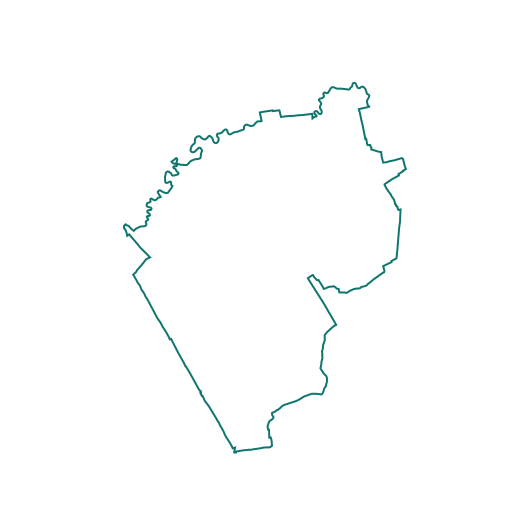 outline of Raducaneni, Iasi, Romania, rotated 287°
{"feature_id": "2599482B23312224684372", "entity_name": "Raducaneni", "entity_type": "district", "adm_level": 2, "iso_a3": "ROU", "parent_name": "Romania", "parent_adm1": "Iasi", "projection": "orthographic", "projection_center": [27.975, 46.968], "detail": "fine", "context": "isolated", "style": "outline", "palette": "teal", "viewbox_px": 512, "rotation_deg": 287, "n_neighbors": 0, "source": "geoboundaries", "source_scale": "gbopen_adm2", "svg_char_len": 6118}
<svg xmlns="http://www.w3.org/2000/svg" viewBox="0 0 512 512"><g transform="rotate(287 256 256)"><path d="M350.1,371.6L353.2,367.7L353.7,367.5L354.9,366.0L357.1,362.9L357.5,362.8L358.7,361.1L361.7,358.1L362.2,358.0L368.6,363.1L374.8,369.1L375.9,368.3L380.4,372.1L380.7,371.8L383.0,373.9L385.5,372.0L391.9,368.1L392.2,367.3L392.2,366.8L387.9,360.2L385.7,356.1L383.8,353.3L382.5,350.3L387.8,347.1L392.0,345.3L391.6,343.1L391.6,335.1L393.1,334.8L394.1,333.6L395.4,333.0L395.5,332.4L394.9,331.0L394.8,330.2L395.7,329.4L399.5,327.6L400.5,326.7L400.0,326.3L414.6,318.4L416.4,317.2L424.5,312.8L425.3,311.9L426.5,311.4L431.6,320.4L432.0,320.5L432.0,320.0L433.1,318.6L436.1,316.9L437.4,316.8L440.7,317.5L442.6,317.4L443.2,316.6L443.4,315.0L443.6,314.7L447.6,311.9L448.9,309.8L449.2,309.2L448.9,307.9L448.6,307.3L447.2,306.4L446.5,305.5L446.5,305.0L446.5,304.4L447.5,303.1L450.0,300.9L450.3,300.4L450.3,299.2L450.0,298.6L449.1,298.1L446.3,298.3L444.2,297.0L442.7,296.7L442.4,296.4L440.7,287.3L440.1,286.3L440.0,285.6L439.7,283.8L440.1,281.0L439.7,279.5L438.5,278.6L433.0,277.1L432.4,276.0L432.5,274.0L431.9,273.1L430.6,273.0L428.8,274.2L427.4,274.1L426.2,273.0L425.2,271.2L424.4,270.6L423.8,270.5L423.1,270.9L422.2,272.5L420.8,273.9L420.1,273.9L417.7,273.4L416.8,273.7L415.6,274.5L414.0,276.4L412.1,276.9L410.9,276.6L410.5,276.0L410.4,275.3L410.7,274.3L412.3,271.9L412.2,271.1L411.7,270.3L410.9,269.8L409.6,270.1L409.0,270.7L408.3,272.5L407.5,273.0L406.9,272.7L406.1,271.1L404.1,269.8L408.4,268.2L404.2,258.9L403.5,256.6L401.2,251.4L400.2,248.8L400.2,248.4L398.0,242.9L396.4,239.6L396.3,239.2L402.0,235.9L402.1,235.6L399.5,229.8L400.1,229.3L399.9,228.9L395.6,219.9L394.4,217.7L386.7,221.9L386.3,221.3L385.2,218.3L384.6,217.6L382.4,216.4L380.9,215.9L380.1,215.4L379.1,213.9L378.7,211.4L379.0,209.7L378.9,208.7L378.3,207.6L377.6,207.1L376.1,206.7L374.4,207.3L373.8,207.3L373.1,206.8L369.7,202.3L367.6,198.5L365.4,196.6L364.8,195.8L364.6,194.9L364.7,194.3L365.8,192.9L367.7,191.7L368.2,190.9L368.2,190.1L367.7,189.3L366.8,188.6L364.0,187.2L363.2,186.4L361.5,183.3L359.7,183.4L359.0,183.9L357.8,185.6L356.9,186.2L354.2,186.3L352.7,185.4L352.2,184.6L352.1,183.8L352.4,182.7L352.9,182.0L355.6,180.0L356.5,178.9L357.2,177.1L357.3,176.3L356.3,175.4L354.7,174.9L352.8,173.5L352.4,172.8L352.5,170.6L352.9,169.4L353.9,167.7L354.0,166.9L353.3,165.2L352.6,164.5L351.1,163.7L349.6,163.5L346.5,164.4L345.9,164.3L343.7,163.0L342.2,162.3L338.2,162.3L337.3,163.0L336.7,163.9L336.7,165.3L337.6,166.7L342.6,169.6L343.1,170.5L342.9,171.7L341.1,173.6L337.8,173.5L333.8,174.2L333.1,173.9L332.1,172.8L330.5,169.1L328.2,166.3L326.5,165.1L325.2,164.7L322.7,163.2L321.3,157.6L321.2,153.9L321.8,152.6L325.3,152.5L326.0,151.9L326.3,151.1L321.5,147.7L320.5,149.2L320.4,150.2L320.6,152.9L319.9,154.1L318.7,153.7L317.8,151.4L317.0,150.9L316.4,151.1L316.0,151.6L315.9,152.7L315.6,153.5L314.1,155.0L312.6,157.8L311.3,157.6L309.1,154.3L308.6,153.0L308.6,152.3L309.0,151.7L310.3,150.5L311.1,148.1L311.0,146.8L310.7,146.3L309.4,145.5L304.7,145.9L300.2,147.6L299.7,148.4L299.7,149.0L300.4,150.4L301.8,151.6L302.1,152.7L301.3,153.4L299.6,153.9L298.8,154.7L298.5,155.6L296.5,155.3L290.6,153.2L289.9,151.8L289.8,150.3L290.1,147.7L290.7,145.5L290.4,144.2L290.0,143.9L288.5,143.3L287.5,144.1L284.6,147.6L283.8,146.7L283.2,145.3L280.8,144.3L279.7,142.9L279.6,142.3L280.3,139.6L280.2,138.8L279.7,138.4L279.0,138.4L277.4,139.2L276.8,139.1L275.9,138.3L275.4,137.2L274.5,136.5L272.7,136.5L271.7,137.2L271.4,138.0L271.5,140.9L271.4,141.5L271.1,141.9L270.4,142.3L269.3,142.0L268.3,139.6L267.2,139.0L266.6,139.0L266.0,139.5L265.1,141.9L264.1,142.7L263.4,142.5L262.3,140.4L261.8,140.1L261.0,140.4L260.2,141.8L259.6,142.2L258.6,142.1L257.7,141.0L256.9,140.6L255.8,140.8L254.6,141.9L253.1,141.9L252.7,141.7L251.9,140.7L250.5,137.2L249.0,135.3L246.9,133.2L244.3,131.7L245.8,128.2L247.4,125.7L247.6,124.9L247.6,123.2L248.2,122.2L246.4,121.0L244.2,121.6L242.8,123.5L241.9,124.3L239.2,126.2L238.2,126.5L237.7,126.9L239.6,128.3L232.1,140.2L230.6,142.2L223.7,155.1L220.9,152.0L213.8,149.2L208.0,146.5L205.6,146.0L202.3,144.0L197.4,149.3L196.3,150.2L193.7,153.7L190.0,156.6L189.5,157.6L186.7,160.8L185.0,162.1L182.9,164.7L167.4,180.2L164.3,184.3L161.0,187.4L157.4,191.8L152.8,196.6L151.1,197.9L151.9,199.0L140.4,210.2L132.7,218.3L129.8,220.9L129.9,221.3L125.3,226.4L110.7,241.5L110.9,242.4L109.1,243.4L108.6,242.9L107.4,244.3L106.5,244.9L106.2,245.7L106.5,245.8L106.4,246.0L102.4,249.5L98.6,254.8L88.2,266.4L87.0,267.5L85.8,269.3L84.4,270.3L79.1,275.9L74.9,279.5L70.0,285.3L67.2,288.3L65.3,289.9L66.5,291.6L66.7,292.0L62.5,292.4L61.9,292.5L61.7,292.9L62.3,294.3L63.1,294.1L66.2,300.1L67.8,304.2L68.7,305.8L69.2,307.9L70.2,309.6L73.2,316.0L74.9,319.0L76.2,322.4L76.5,323.9L77.5,325.7L78.1,325.9L79.2,326.8L84.4,324.7L86.8,323.1L86.2,321.8L93.6,319.3L93.4,318.5L95.5,317.2L97.1,316.8L101.6,317.0L102.6,317.6L104.0,318.9L105.7,319.7L106.7,319.9L107.5,319.5L108.3,318.2L110.1,317.3L110.8,317.3L112.5,319.5L114.6,321.0L115.5,322.2L116.2,322.4L117.2,323.3L120.0,324.8L121.7,326.4L129.2,337.0L131.2,339.1L135.8,343.2L140.6,349.7L142.1,355.0L142.7,358.9L143.0,359.3L143.8,359.7L146.2,360.1L148.7,359.9L152.5,361.0L153.9,360.6L157.1,360.6L158.5,359.9L159.5,359.8L161.6,358.5L163.5,355.0L167.4,350.5L172.3,350.0L173.5,349.6L178.4,349.3L180.0,348.4L182.0,348.0L183.9,347.0L185.7,347.1L188.5,346.7L190.0,346.2L195.5,346.4L200.5,344.8L204.1,346.3L209.3,349.4L211.8,351.0L213.6,352.8L230.7,334.4L248.6,313.5L250.0,312.1L254.3,315.6L254.4,315.9L252.7,318.0L250.9,321.1L250.8,321.8L251.3,322.8L246.6,328.3L244.4,330.4L244.5,330.7L245.5,332.1L247.7,334.5L249.8,339.5L249.4,340.9L248.3,343.2L248.6,344.7L245.5,346.4L247.0,351.4L247.0,352.2L247.5,353.8L250.2,356.0L253.1,359.4L254.1,361.3L254.8,363.4L255.4,364.6L256.0,365.2L257.0,365.6L259.3,369.3L260.2,370.4L262.7,371.6L263.6,372.5L267.6,375.0L276.1,381.5L277.9,383.2L279.3,383.2L283.5,380.6L289.8,387.4L290.8,387.0L294.8,391.0L304.1,389.2L325.0,384.6L330.5,383.8L342.8,380.6L341.7,378.7L341.8,378.5L344.0,376.8L344.4,376.9L345.1,375.2L345.3,374.9L346.0,374.9L346.5,373.6L347.0,373.6L350.1,371.6Z" fill="none" stroke="#0f766e" stroke-width="2"/></g></svg>